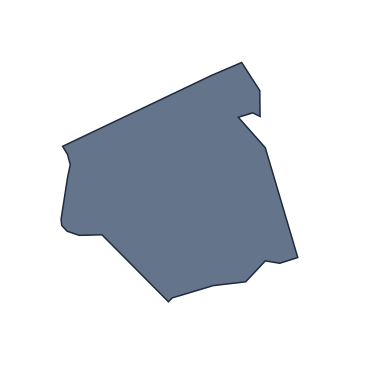 Akaltin, Sirdaryo, Uzbekistan (Robinson projection), rotated 140°
{"feature_id": "79887680B92810274159920", "entity_name": "Akaltin", "entity_type": "district", "adm_level": 2, "iso_a3": "UZB", "parent_name": "Uzbekistan", "parent_adm1": "Sirdaryo", "projection": "robinson", "projection_center": [68.339, 40.545], "detail": "fine", "context": "isolated", "style": "filled", "palette": "slate", "viewbox_px": 384, "rotation_deg": 140, "n_neighbors": 0, "source": "geoboundaries", "source_scale": "gbopen_adm2", "svg_char_len": 462}
<svg xmlns="http://www.w3.org/2000/svg" viewBox="0 0 384 384"><g transform="rotate(140 192 192)"><path d="M261.8,310.2L263.2,300.8L267.7,291.2L277.8,283.3L309.9,255.2L313.3,250.1L312.9,242.2L306.3,231.3L288.5,217.1L280.6,123.0L275.2,123.6L236.0,106.7L208.6,88.7L180.1,92.1L170.6,81.0L156.7,75.3L153.1,73.8L107.4,178.8L108.5,219.5L94.6,213.6L91.3,206.1L74.9,226.1L70.7,259.3L101.4,268.6L261.8,310.2Z" fill="#64748b" stroke="#1e293b" stroke-width="1.5"/></g></svg>